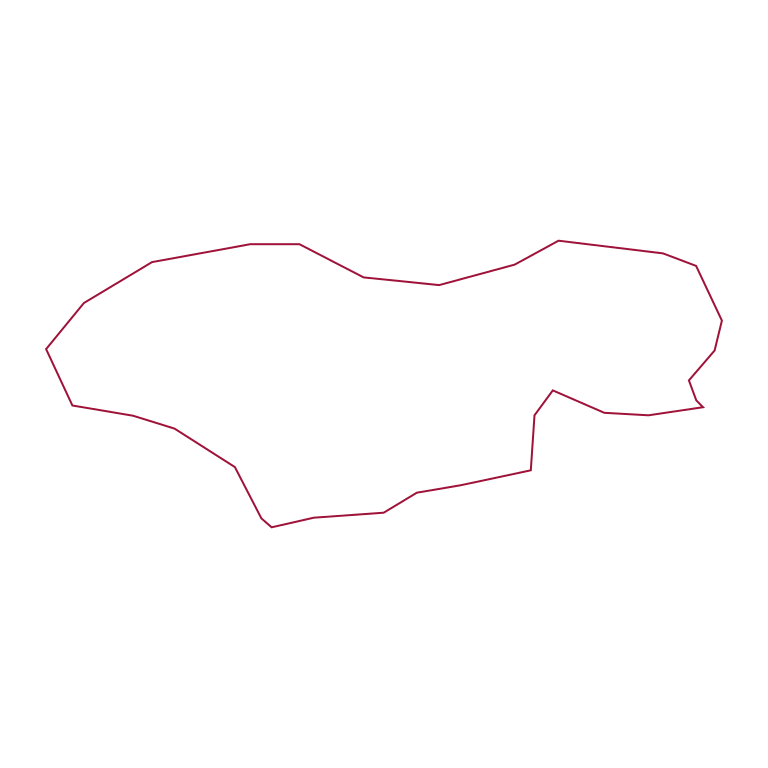 outline of Båstad, Skåne, Sweden
{"feature_id": "70781695B81213219414601", "entity_name": "Båstad", "entity_type": "district", "adm_level": 2, "iso_a3": "SWE", "parent_name": "Sweden", "parent_adm1": "Skåne", "projection": "equal_earth", "projection_center": [12.848, 56.404], "detail": "fine", "context": "isolated", "style": "outline", "palette": "rose", "viewbox_px": 768, "rotation_deg": 0, "n_neighbors": 0, "source": "geoboundaries", "source_scale": "gbopen_adm2", "svg_char_len": 508}
<svg xmlns="http://www.w3.org/2000/svg" viewBox="0 0 768 768"><path d="M703.0,407.2L696.3,400.4L688.9,380.4L714.6,350.5L721.9,320.6L696.1,265.9L663.0,253.4L558.5,240.7L514.7,264.6L439.1,285.1L363.6,277.4L299.4,244.2L250.2,244.2L152.0,262.1L83.9,303.0L46.1,349.1L72.4,405.5L132.9,415.7L174.5,428.6L234.9,467.1L261.4,518.4L271.6,527.3L313.7,517.7L383.7,512.7L416.8,492.7L460.9,485.2L530.8,470.3L534.5,415.3L552.8,390.4L604.3,412.8L648.5,415.3L703.0,407.2Z" fill="none" stroke="#9f1239" stroke-width="2"/></svg>